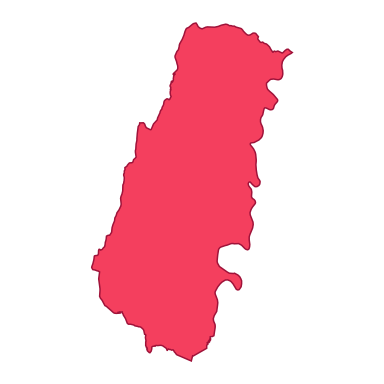 Yumbo, Valle del Cauca, Colombia
{"feature_id": "7082276B37421860048311", "entity_name": "Yumbo", "entity_type": "district", "adm_level": 2, "iso_a3": "COL", "parent_name": "Colombia", "parent_adm1": "Valle del Cauca", "projection": "equal_earth", "projection_center": [-76.519, 3.595], "detail": "fine", "context": "isolated", "style": "filled", "palette": "rose", "viewbox_px": 384, "rotation_deg": 0, "n_neighbors": 0, "source": "geoboundaries", "source_scale": "gbopen_adm2", "svg_char_len": 5972}
<svg xmlns="http://www.w3.org/2000/svg" viewBox="0 0 384 384"><path d="M213.9,335.7L215.1,327.8L215.2,326.1L215.0,324.4L213.6,321.1L213.3,318.7L214.2,315.7L216.7,311.4L217.5,305.6L217.8,302.8L217.4,299.8L215.3,294.3L215.0,292.7L215.4,291.2L217.8,286.8L220.2,283.8L222.1,282.0L225.4,280.0L227.7,279.9L229.9,280.8L231.0,281.5L233.0,283.8L236.3,289.3L237.5,289.9L238.8,289.8L239.4,289.3L241.1,286.8L241.6,283.9L241.6,280.8L240.8,278.7L239.7,276.7L237.9,275.0L234.5,273.2L233.5,273.5L229.3,273.2L227.2,272.0L219.4,266.5L217.5,263.1L217.1,261.2L217.7,254.8L218.5,249.8L219.0,248.7L219.9,247.6L221.0,247.0L225.1,245.6L227.2,245.1L231.1,243.6L233.1,243.5L234.1,243.8L238.7,243.6L241.6,245.2L244.8,248.5L245.9,249.3L246.8,249.6L247.6,249.8L248.3,249.5L248.9,249.0L249.2,248.3L249.6,246.8L249.8,244.5L249.2,239.7L249.2,237.0L249.8,234.8L252.6,228.0L253.2,224.6L253.0,222.1L250.2,214.9L250.0,212.7L251.0,209.7L251.6,208.5L252.6,206.9L255.0,203.9L255.4,203.1L255.5,202.4L255.2,201.1L254.7,200.3L254.1,199.6L252.4,198.4L251.6,197.1L251.5,196.3L251.8,192.1L251.4,189.7L251.1,189.0L249.5,187.0L248.7,185.8L248.4,184.9L248.2,183.5L248.8,182.4L249.3,182.0L249.8,182.0L250.3,182.1L252.4,184.5L254.7,186.5L255.3,186.7L257.0,186.6L258.7,185.6L259.3,184.9L259.8,184.0L260.1,181.7L259.7,180.5L258.2,178.4L257.8,177.6L257.0,174.5L256.3,170.1L255.9,164.7L256.2,161.3L256.2,159.7L255.7,154.4L255.4,153.0L254.9,151.6L253.6,149.0L252.2,147.1L250.6,145.2L250.2,144.1L250.3,143.7L250.5,143.3L251.1,142.9L254.1,142.5L258.9,140.0L261.1,137.9L261.8,136.9L262.3,135.8L263.0,133.2L263.2,130.7L262.6,127.4L262.2,126.3L261.0,123.7L260.5,121.9L260.5,119.6L261.0,117.5L262.4,115.4L262.8,114.5L263.6,110.7L264.1,108.7L264.5,108.1L265.0,107.8L266.5,108.1L269.5,109.6L270.5,109.8L272.1,109.6L272.9,109.1L273.5,108.3L274.1,106.1L274.8,104.6L277.3,101.7L277.6,101.0L277.7,100.5L277.5,99.5L273.3,94.5L269.5,91.2L267.6,89.3L266.9,87.3L266.5,85.2L266.5,83.7L266.6,83.0L269.6,80.1L270.8,79.3L273.7,79.0L277.3,79.7L278.9,79.7L280.5,79.0L281.2,78.4L282.2,76.7L282.7,74.8L282.8,73.7L282.6,70.3L282.0,68.2L281.8,65.1L282.4,61.7L283.6,59.4L285.7,56.8L287.8,55.2L291.2,53.4L292.3,52.5L290.3,51.2L288.2,49.2L287.9,49.2L286.8,49.3L286.2,49.7L285.1,50.5L282.9,52.7L282.1,53.0L277.9,51.0L275.7,51.7L274.5,51.1L274.1,51.2L273.0,52.2L272.7,52.1L270.8,49.3L269.6,47.0L268.4,45.7L266.5,44.0L264.3,43.4L262.7,42.1L261.0,42.5L260.3,42.2L258.0,39.4L257.8,38.3L258.4,36.7L255.7,33.4L254.6,33.1L253.0,33.1L250.7,34.6L249.5,35.1L248.0,35.2L246.6,34.4L245.2,33.1L243.3,31.1L242.7,30.1L241.7,29.0L241.0,28.5L235.8,27.0L234.3,26.1L232.8,26.2L231.0,25.6L229.4,25.7L228.2,24.9L227.0,24.4L225.6,24.2L221.3,25.2L218.3,26.4L214.7,27.2L207.4,26.9L205.8,27.2L202.2,28.8L201.6,28.7L199.8,28.0L198.1,26.6L197.2,24.7L196.0,23.0L193.8,23.5L192.8,24.0L188.7,27.4L186.7,28.3L186.0,29.1L185.0,31.5L183.9,35.3L182.2,39.4L179.8,43.6L179.3,45.1L179.2,46.5L178.4,49.7L176.9,51.5L175.1,55.7L175.0,56.6L175.1,57.5L176.6,61.7L177.0,63.6L177.7,65.8L177.8,68.1L177.6,69.0L177.1,70.0L173.3,73.7L173.2,74.4L173.5,74.7L174.8,73.7L175.0,74.2L174.0,75.3L173.7,76.0L173.3,78.7L173.4,79.7L173.1,80.7L172.6,81.7L172.4,81.5L172.1,81.9L171.9,81.2L171.5,81.4L171.5,81.8L171.2,82.1L171.3,82.3L170.8,84.0L170.1,85.4L170.2,86.7L170.6,86.9L170.8,88.0L170.4,89.6L170.8,89.7L170.2,91.8L170.2,93.3L170.5,95.2L171.1,96.5L169.6,99.4L169.0,99.7L167.8,98.9L166.7,98.9L165.3,99.9L164.3,101.0L164.0,101.9L163.6,104.4L163.3,105.3L162.2,107.2L161.7,109.4L160.7,110.3L160.6,110.8L160.2,111.5L160.0,112.7L157.5,118.2L157.4,119.2L157.1,120.0L153.5,124.0L151.2,129.5L150.5,129.7L150.1,129.6L146.3,127.7L145.3,125.9L144.7,124.1L143.5,122.8L139.7,122.9L139.5,124.6L138.2,126.5L137.3,133.4L136.9,138.4L136.9,140.2L136.1,144.0L135.8,149.1L135.4,150.6L135.4,152.2L136.1,156.9L136.0,157.3L134.9,158.5L133.6,159.6L133.0,161.8L132.6,162.2L132.0,162.7L129.6,162.9L129.1,163.2L127.4,165.2L126.8,166.3L124.9,167.6L125.0,169.7L124.3,170.9L124.3,173.2L123.7,174.1L123.7,175.4L124.2,177.0L124.3,178.0L124.1,180.9L123.9,181.6L123.7,183.2L122.9,185.0L122.7,191.0L122.0,194.0L121.0,196.5L120.6,198.4L121.2,204.1L120.8,206.1L119.0,209.9L117.0,212.7L116.1,215.7L114.9,217.9L114.5,221.0L113.0,224.6L112.1,227.6L111.6,232.3L109.7,235.2L108.1,235.3L106.5,236.1L106.4,236.6L106.2,239.0L105.9,240.5L105.3,242.3L105.1,244.5L104.6,246.7L103.4,247.8L102.2,249.4L100.6,250.1L99.7,249.3L99.0,249.4L98.6,250.3L98.4,254.0L98.1,254.7L97.4,255.4L95.5,255.6L94.5,255.9L94.3,256.2L93.9,259.6L92.9,263.7L91.9,266.4L91.7,267.4L92.0,268.2L92.8,269.6L95.0,270.0L97.0,270.8L98.3,271.1L99.6,271.9L98.7,278.9L100.0,288.7L100.0,290.8L99.6,296.3L100.5,298.3L102.1,300.3L104.9,305.6L106.3,306.3L113.3,312.5L114.2,313.1L116.2,313.4L118.8,313.2L118.0,312.8L118.0,312.5L118.8,312.7L119.1,312.0L119.6,311.9L120.4,312.0L120.4,312.5L121.3,312.0L122.3,312.0L122.4,313.2L123.2,314.2L123.3,315.0L125.5,318.6L127.3,323.3L128.0,323.9L128.5,324.2L130.5,324.2L133.8,325.0L134.6,325.7L135.6,326.0L137.8,326.4L138.2,326.7L140.2,326.9L141.0,327.3L142.9,329.0L143.5,329.8L143.8,330.5L144.6,334.3L145.5,334.6L145.8,335.1L145.4,337.5L146.0,341.1L145.7,341.8L145.7,345.7L146.1,346.4L146.5,347.7L146.9,347.6L147.4,349.0L146.9,349.3L147.4,350.8L149.3,352.6L150.0,352.7L151.2,351.1L151.8,348.8L151.7,347.7L152.1,346.7L153.2,346.2L154.4,346.2L154.8,345.8L155.4,346.0L155.5,345.6L156.2,345.4L157.7,345.6L160.2,345.3L161.5,345.4L162.7,345.8L166.0,348.1L166.4,348.6L167.1,350.3L167.4,350.3L167.9,349.3L168.4,349.0L169.5,349.5L170.4,349.5L171.5,350.1L172.1,350.1L172.8,349.8L173.1,349.9L173.7,350.5L174.2,351.7L175.1,352.6L176.4,354.4L176.9,354.8L191.3,361.0L192.6,355.8L193.2,356.0L206.7,348.3L206.7,345.4L207.1,344.7L207.7,344.5L207.9,344.2L207.9,343.8L207.2,343.0L207.2,342.6L207.5,342.3L208.8,342.6L209.3,342.1L209.7,341.6L209.6,341.4L208.8,341.5L208.6,341.0L209.2,340.4L209.8,339.0L210.1,339.0L210.0,340.2L210.4,340.2L210.5,339.9L210.6,338.7L210.2,337.7L210.1,336.9L210.6,336.6L212.1,336.6L213.9,335.7Z" fill="#f43f5e" stroke="#9f1239" stroke-width="1.5"/></svg>